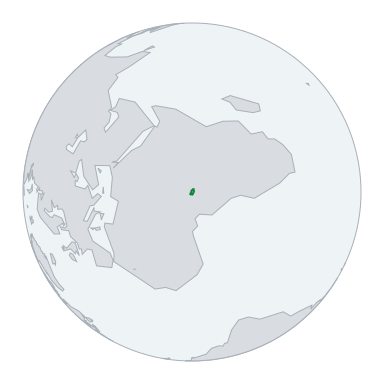 the Earth from above Lobaye, rotated 260°
{"feature_id": "CAF-795", "entity_name": "Lobaye", "entity_type": "Prefecture", "adm_level": 1, "iso_a3": "CAF", "parent_name": "Central African Republic", "parent_adm1": "", "projection": "orthographic", "projection_center": [17.683, 4.256], "detail": "fine", "context": "on_globe", "style": "filled", "palette": "green", "viewbox_px": 384, "rotation_deg": 260, "n_neighbors": 0, "source": "natural_earth", "source_scale": "10m", "svg_char_len": 7777}
<svg xmlns="http://www.w3.org/2000/svg" viewBox="0 0 384 384"><g transform="rotate(260 192 192)"><circle cx="192" cy="192" r="169" fill="#eef3f6" stroke="#a8b0b8"/><path d="M133.8,33.4L131.3,34.3L127.1,36.0L133.8,33.4ZM96.7,52.5L99.1,50.9L105.0,47.2L107.5,45.7L113.9,42.2L113.9,42.5L110.3,44.8L105.0,48.0L103.3,49.3L109.1,46.4L99.9,53.0L95.1,59.1L92.7,61.2L86.4,64.2L84.5,63.3L76.4,69.3L82.6,65.4L76.2,71.5L75.6,72.7L76.5,72.7L79.2,70.5L77.3,72.8L70.4,77.0L72.1,74.9L74.3,73.5L73.3,73.4L68.7,77.2L65.8,80.4L61.8,84.3L59.7,86.9L58.5,88.5L67.0,78.4L76.2,69.0L86.1,60.3L96.7,52.5ZM26.6,157.3L27.0,155.8L25.2,165.6L27.0,157.0L26.3,162.0L28.7,162.9L28.1,165.0L29.8,177.7L34.7,184.1L35.8,191.7L34.9,196.0L37.3,197.7L37.4,200.7L49.4,207.1L57.8,215.6L59.1,225.8L55.0,236.8L58.2,261.0L52.7,267.7L56.0,277.2L59.8,290.5L55.9,288.5L61.8,295.9L63.6,299.6L62.4,299.3L66.3,304.2L65.6,303.9L69.0,307.4L74.1,313.1L79.9,318.4L82.2,320.5L72.8,311.7L64.0,302.3L56.0,292.2L48.8,281.6L42.3,270.4L36.8,258.8L33.1,249.4L31.7,245.5L28.2,233.3L25.5,220.8L23.8,208.1L23.1,195.4L23.3,182.6L24.5,169.9L26.6,157.3ZM113.5,42.4L112.4,43.0L113.5,42.4ZM119.1,39.6L117.9,40.2L119.1,39.6ZM142.2,30.8L142.5,30.6L145.1,29.8L142.2,30.8ZM151.8,27.9L150.8,28.2L148.4,28.9L149.8,28.4L151.8,27.9ZM167.9,24.8L161.6,25.9L159.3,26.2L165.7,25.1L167.9,24.8ZM93.0,328.9L95.1,330.4L95.8,330.9L93.0,328.9ZM89.6,326.0L88.9,325.0L90.3,325.9L91.1,326.9L89.6,326.0ZM349.5,130.9L349.0,129.5L350.9,135.4L355.6,149.7L357.7,159.2L358.9,167.4L358.3,163.5L354.9,154.5L357.0,166.8L359.6,176.8L360.6,189.0L359.7,185.3L358.4,174.7L357.2,171.2L355.6,160.5L350.9,145.1L349.9,148.3L348.2,142.1L341.6,130.0L339.1,134.4L336.3,151.4L339.0,167.5L336.7,174.9L326.4,152.4L320.8,137.3L317.7,139.0L306.6,127.1L289.2,127.5L286.2,123.8L283.1,125.8L275.2,122.5L270.4,116.5L265.8,117.2L278.5,132.9L283.3,132.4L286.6,125.9L289.3,131.7L296.8,136.6L290.4,151.6L263.8,166.2L260.3,154.3L235.5,123.3L235.7,119.8L235.6,119.5L235.2,118.8L233.9,124.5L229.3,118.7L243.5,139.9L246.2,149.4L263.4,166.9L262.0,168.9L267.3,172.5L283.0,167.1L283.3,171.2L276.4,190.4L253.8,217.4L256.3,234.8L253.9,249.9L238.8,260.3L239.1,271.8L231.1,276.1L229.9,282.6L223.0,289.6L211.7,296.4L193.7,296.9L193.4,291.1L185.5,279.9L175.0,252.3L180.3,239.4L179.0,229.5L165.9,207.7L168.8,195.4L165.1,190.3L157.6,191.7L153.2,185.7L148.6,185.7L119.1,190.5L109.7,182.7L97.6,159.1L102.6,149.5L102.8,138.8L137.1,102.9L145.1,104.6L172.9,99.6L176.5,100.8L174.1,108.6L195.6,117.9L201.6,111.1L220.2,116.1L232.2,115.6L235.0,101.0L215.4,101.3L211.3,94.5L226.2,88.2L243.2,88.9L242.1,86.3L230.7,80.7L233.9,76.2L226.7,78.5L230.1,81.0L225.7,82.8L222.3,80.7L223.5,79.0L218.3,78.0L213.6,87.1L216.6,90.6L203.1,92.7L206.8,98.9L203.4,102.0L195.9,92.7L196.1,89.2L182.7,80.1L181.2,83.7L193.8,92.9L190.2,92.2L188.3,98.2L186.9,93.2L173.5,83.0L160.9,85.8L146.0,100.8L138.4,102.4L131.5,99.9L135.8,85.2L152.3,83.4L154.0,79.0L149.7,73.1L155.1,73.3L155.4,71.0L161.5,70.4L169.2,64.6L175.3,63.9L177.4,57.2L180.8,56.2L178.6,60.2L180.3,63.0L195.4,62.2L198.0,60.8L198.2,56.8L202.3,57.4L200.5,53.7L208.7,52.2L197.2,51.2L197.1,47.3L201.5,44.4L199.4,43.1L192.2,47.9L191.2,50.2L193.6,52.2L189.0,59.1L184.1,60.5L181.1,53.2L173.7,54.6L174.6,49.0L193.5,38.2L201.9,36.5L217.7,40.8L216.3,42.8L209.9,42.1L216.6,46.0L215.7,44.1L219.1,44.9L219.9,42.1L222.3,42.6L218.8,39.3L221.9,39.6L224.1,41.6L227.9,38.5L234.1,38.9L233.7,38.0L231.6,37.0L240.9,38.6L240.2,38.0L236.9,37.1L233.5,35.3L231.0,33.1L234.3,33.7L235.7,34.6L243.5,37.9L246.6,40.7L247.7,40.8L245.9,38.6L236.3,34.5L233.8,33.0L238.6,34.6L236.7,33.9L236.5,33.4L239.5,33.7L234.3,31.9L227.9,27.5L233.0,28.3L238.0,29.8L237.4,29.3L248.9,32.9L260.1,37.4L271.0,42.6L281.4,48.6L291.4,55.4L300.9,62.8L309.9,70.9L318.2,79.7L325.9,89.0L332.9,98.8L339.2,109.1L344.8,119.8L349.5,130.9ZM126.3,120.6L125.6,123.7L126.3,120.6ZM262.0,97.7L271.6,98.2L265.7,89.5L268.9,89.1L265.7,86.5L265.2,88.9L257.3,81.9L260.8,79.5L258.9,76.1L255.6,75.8L250.3,81.5L261.7,91.2L260.1,94.7L262.0,97.7ZM28.9,162.8L28.9,164.9L28.4,164.7L28.9,162.8ZM32.5,139.6L32.6,140.7L31.9,141.1L32.5,139.6ZM31.8,138.4L31.9,138.1L33.2,134.4L32.3,139.1L31.0,141.2L31.5,139.2L31.8,138.4ZM76.7,71.2L77.1,71.0L77.5,71.4L76.2,72.3L76.7,71.2ZM85.9,68.4L82.5,72.3L84.0,69.9L81.5,71.5L81.6,68.9L91.4,62.1L86.9,65.4L85.9,68.4ZM84.4,64.1L83.2,66.1L84.1,64.3L84.4,64.1ZM150.8,60.2L153.2,61.4L151.2,64.0L143.5,66.4L146.2,62.5L150.8,60.2ZM157.0,62.6L156.2,55.5L160.9,54.2L158.4,56.1L161.6,55.9L158.4,58.9L163.8,65.2L162.5,68.1L148.9,70.0L154.1,67.6L151.4,66.4L157.0,62.6ZM145.6,44.2L145.3,42.4L156.0,41.8L155.1,43.6L147.3,45.7L143.9,44.8L145.6,44.2ZM127.3,36.2L126.5,36.4L127.8,35.8L129.6,35.2L127.3,36.2ZM146.1,29.4L142.7,30.4L145.4,29.6L140.5,31.1L142.1,30.7L132.2,34.9L130.8,35.3L126.7,38.0L121.4,40.1L124.2,38.1L117.0,42.1L117.4,41.2L113.0,44.0L119.8,39.5L119.9,39.2L121.8,38.6L126.8,36.5L128.9,35.6L135.1,33.0L136.5,32.4L146.1,29.4ZM178.7,26.1L174.5,26.2L179.3,27.1L174.4,27.7L175.2,27.8L172.0,28.7L169.6,30.1L167.2,30.3L167.3,30.8L165.1,31.6L164.4,32.5L160.0,33.3L158.8,34.5L157.4,34.3L156.5,36.2L155.1,35.2L152.3,36.5L155.1,36.8L132.8,41.5L124.5,45.1L118.3,49.0L116.9,47.3L121.8,43.0L129.8,38.2L138.0,35.3L135.9,35.4L139.2,34.1L139.5,34.6L141.0,33.2L143.8,32.4L151.0,29.6L151.4,28.7L154.0,27.9L155.2,27.8L157.0,27.1L161.1,26.6L163.1,26.2L169.1,25.5L170.3,26.1L172.4,25.6L177.1,25.4L178.7,26.1ZM169.5,24.6L172.1,24.7L170.7,25.2L160.8,26.2L158.4,26.7L152.1,28.0L154.2,27.3L155.9,27.0L157.9,26.5L156.4,26.9L159.2,26.3L161.5,25.9L164.3,25.4L164.4,25.5L169.5,24.6ZM180.2,97.8L182.9,98.0L187.0,97.6L185.9,101.5L180.2,97.8ZM170.9,90.9L173.3,90.3L173.7,95.2L170.9,95.2L170.9,90.9ZM174.2,86.1L173.4,89.9L172.1,87.9L174.2,86.1ZM180.8,59.7L183.3,59.1L183.7,60.0L182.5,61.5L180.8,59.7ZM191.6,30.8L189.5,30.3L190.1,30.0L188.2,28.5L191.6,28.2L194.2,29.0L191.6,30.8ZM231.9,103.5L228.7,106.3L226.8,105.0L228.3,104.3L231.9,103.5ZM206.4,103.8L212.4,105.5L206.0,104.9L206.4,103.8ZM195.1,30.3L193.9,29.6L196.4,29.9L195.1,30.3ZM194.1,28.0L196.9,28.2L191.8,28.0L194.1,28.0ZM279.1,323.6L278.8,325.4L276.9,325.7L279.1,323.6ZM280.3,246.4L267.2,273.0L260.0,273.4L259.6,265.8L265.1,249.8L273.8,245.0L278.4,237.6L280.3,246.4ZM359.5,213.8L359.6,212.6L360.0,209.7L360.0,209.8L359.5,213.8ZM360.0,209.6L359.7,201.6L356.3,178.6L357.6,178.8L360.6,192.5L360.5,195.0L360.7,201.3L360.0,209.6ZM339.6,169.0L342.8,178.5L341.3,180.2L339.6,169.0ZM352.1,138.1L352.2,138.3L351.4,135.9L351.2,135.3L352.1,138.1ZM223.0,30.2L221.9,32.4L223.3,34.4L227.7,36.1L221.0,35.0L218.7,31.7L223.0,30.2ZM227.0,27.6L223.1,26.6L225.0,26.9L226.2,27.1L227.0,27.6ZM224.5,27.2L219.2,26.5L217.2,25.9L221.7,26.5L224.5,27.2ZM207.2,27.4L206.6,27.9L204.6,27.6L207.2,27.4Z" fill="#d9dde1" stroke="#a8b0b8" stroke-width="1"/><path d="M194.7,193.1L194.7,193.6L194.8,194.3L194.6,194.3L194.6,194.2L194.4,194.0L194.4,193.9L194.2,193.9L194.1,194.0L193.7,194.0L193.5,194.3L193.4,194.3L193.4,194.2L193.2,194.0L192.9,194.1L192.7,194.0L192.4,194.1L192.4,193.9L192.2,193.9L191.8,193.9L191.7,193.8L191.5,193.7L191.4,193.7L191.2,193.7L191.0,193.3L190.9,193.3L190.8,193.2L190.7,193.2L190.4,193.1L190.2,193.0L190.1,192.9L189.9,192.9L189.7,192.6L189.5,192.4L189.3,192.1L189.2,192.0L189.4,191.8L189.4,191.7L189.5,191.6L189.9,191.6L190.0,191.7L190.1,191.8L190.2,191.7L190.0,191.4L189.9,191.3L189.8,191.2L189.6,190.8L189.5,190.7L189.5,190.2L189.9,190.0L190.0,189.9L190.1,189.7L190.3,189.7L190.4,189.8L190.5,189.8L190.7,190.0L190.8,190.1L191.1,190.3L191.3,190.4L191.5,190.5L191.6,191.0L191.8,191.2L192.0,191.2L192.4,191.2L192.4,191.3L192.5,191.4L192.8,191.3L193.0,191.4L193.1,191.5L193.2,191.4L193.3,191.4L193.4,191.5L193.5,191.7L193.6,191.8L193.8,191.8L193.9,192.1L194.0,192.3L193.9,192.4L193.9,192.5L194.0,192.6L194.1,192.8L194.3,192.8L194.4,193.0L194.5,193.0L194.7,193.1Z" fill="#22c55e" stroke="#15803d" stroke-width="1.5"/></g></svg>